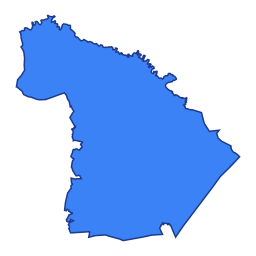 Ayutla de los Libres, Guerrero, Mexico
{"feature_id": "50627088B87569802470546", "entity_name": "Ayutla de los Libres", "entity_type": "district", "adm_level": 2, "iso_a3": "MEX", "parent_name": "Mexico", "parent_adm1": "Guerrero", "projection": "orthographic", "projection_center": [-99.08, 16.972], "detail": "fine", "context": "isolated", "style": "filled", "palette": "blue", "viewbox_px": 256, "rotation_deg": 0, "n_neighbors": 0, "source": "geoboundaries", "source_scale": "gbopen_adm2", "svg_char_len": 5574}
<svg xmlns="http://www.w3.org/2000/svg" viewBox="0 0 256 256"><path d="M19.7,31.9L20.8,33.6L21.2,38.4L22.6,43.4L22.6,45.4L21.0,47.0L22.6,49.3L23.9,52.3L24.6,58.3L24.2,64.8L24.6,70.2L21.6,75.1L17.6,79.8L16.4,86.9L17.0,87.0L22.1,91.2L23.6,94.5L28.2,96.7L31.2,97.2L36.4,99.2L39.6,99.8L45.8,99.5L64.3,92.8L66.5,95.4L67.4,98.7L69.3,101.7L70.3,106.9L71.3,106.2L71.3,106.6L72.2,108.7L73.9,111.4L72.3,113.5L69.9,117.5L74.5,125.8L75.3,126.0L75.5,127.1L75.3,127.4L74.4,127.3L73.9,127.6L73.9,127.9L74.3,128.4L74.1,128.7L73.4,128.9L72.4,128.7L71.8,129.1L71.9,129.7L72.4,129.9L73.3,132.0L72.9,133.4L72.3,134.5L72.7,135.9L72.2,136.8L73.3,139.7L73.3,140.7L74.0,140.3L76.3,140.5L83.0,142.2L82.3,142.3L81.8,143.3L80.7,144.0L80.7,144.9L81.3,145.0L82.1,147.2L81.3,148.0L80.5,148.2L80.4,149.4L79.6,149.7L79.4,150.1L78.5,149.9L77.3,149.1L76.5,148.9L76.0,148.9L74.7,149.8L74.3,149.4L73.7,149.4L73.2,149.7L72.6,151.4L72.6,152.4L70.9,156.3L71.7,157.4L73.0,158.5L73.9,158.7L72.4,161.3L71.4,167.2L71.8,167.6L73.2,171.5L73.9,172.0L74.4,173.5L76.1,175.7L77.1,175.8L78.6,175.3L79.7,175.6L81.3,178.7L76.4,178.8L75.9,179.3L71.1,178.1L71.5,183.0L72.5,183.9L72.5,184.2L71.0,185.6L70.9,186.3L71.2,188.4L70.5,189.0L67.6,193.1L65.4,202.9L64.6,210.4L66.3,210.7L66.5,209.8L67.2,209.3L67.6,209.8L68.6,209.9L68.8,210.4L68.8,211.2L69.6,211.2L69.9,211.9L70.4,212.4L72.4,213.0L72.4,213.4L68.9,215.0L67.8,217.7L66.4,219.8L66.9,221.3L67.4,221.7L68.0,221.8L68.8,221.9L69.8,221.4L71.0,219.4L73.4,220.8L70.3,222.1L69.6,222.8L68.4,224.4L68.4,224.8L69.5,226.3L69.3,228.4L68.8,228.5L70.6,232.9L89.5,231.7L89.4,233.9L88.7,237.3L95.4,235.6L105.6,234.9L108.4,236.0L119.9,239.1L123.1,240.6L143.6,236.9L151.7,235.1L162.5,234.4L159.7,228.3L159.9,227.4L161.0,226.1L160.7,225.7L160.7,225.4L161.4,224.7L161.8,224.6L162.1,224.2L163.4,224.5L163.3,224.1L162.5,223.3L162.8,222.8L164.4,223.5L166.3,223.3L166.8,223.6L167.4,223.6L167.4,224.1L167.6,224.5L167.8,224.4L168.2,223.6L169.2,223.6L169.3,224.7L170.2,224.8L170.5,225.6L170.9,225.9L175.6,237.1L183.0,226.3L212.4,187.4L220.3,176.5L229.3,167.7L239.6,156.8L238.1,155.2L235.2,152.9L233.2,152.0L231.3,149.2L230.9,145.9L221.7,141.3L218.1,138.1L216.7,133.3L219.2,130.2L209.3,131.3L204.2,123.3L201.5,112.6L192.9,109.9L189.7,109.6L187.2,108.7L185.9,108.6L185.1,107.7L184.9,107.3L185.2,106.8L184.6,106.4L184.5,105.6L183.7,105.1L184.3,104.5L185.2,104.5L185.6,104.3L185.6,103.6L185.4,103.0L185.9,102.5L185.5,102.0L186.1,101.9L185.6,101.4L185.7,100.8L186.2,101.0L186.5,100.7L186.4,100.4L186.5,100.2L186.2,99.7L186.8,98.7L186.6,97.8L185.9,98.3L185.1,98.2L184.7,98.7L183.0,97.9L182.0,98.3L181.8,98.2L182.0,97.7L180.1,97.5L177.3,95.3L176.4,95.0L176.0,95.2L174.6,95.4L174.8,95.0L174.1,95.1L172.8,93.3L172.0,92.8L172.1,92.2L172.4,92.0L172.2,91.8L172.3,91.5L171.3,91.2L170.9,90.7L170.6,90.8L169.3,90.5L169.1,90.3L169.1,90.0L167.9,89.3L165.5,86.7L165.5,84.9L166.4,83.6L168.6,82.3L171.9,81.8L173.1,80.5L174.5,80.3L176.3,79.3L176.4,78.7L175.0,76.7L174.4,76.2L173.2,76.0L172.7,74.7L171.4,74.7L171.0,74.5L170.4,73.6L169.0,73.4L168.2,74.0L168.1,74.8L167.5,75.6L166.7,75.8L165.7,75.6L164.9,76.3L164.2,76.4L163.9,76.8L163.3,78.5L162.7,79.1L161.3,78.1L159.3,78.2L158.9,78.0L157.1,75.8L156.8,75.7L156.1,76.0L155.7,75.5L155.9,74.9L156.5,74.3L156.7,73.6L157.1,71.8L157.0,71.4L156.1,71.3L154.8,72.1L154.4,71.6L153.8,71.5L153.7,72.9L153.3,73.6L152.2,73.2L151.5,72.6L151.2,71.4L151.8,69.9L152.5,69.1L154.2,68.3L154.1,67.9L153.6,66.8L152.3,66.0L151.4,67.1L150.6,66.3L150.0,66.7L149.5,67.4L149.0,67.5L148.6,67.1L148.6,66.6L148.9,66.0L149.5,65.4L150.6,65.0L151.0,64.3L150.5,63.9L149.7,63.7L148.0,64.2L147.5,64.0L147.8,62.7L148.8,61.3L149.0,59.9L147.7,59.5L145.9,61.0L143.1,61.2L143.2,60.6L143.6,59.9L143.7,58.8L145.1,56.0L145.0,55.6L143.9,55.3L143.5,55.5L142.2,59.1L141.9,59.4L140.7,58.1L138.6,57.4L138.7,57.0L139.4,56.1L140.6,55.8L140.9,55.5L141.1,54.7L140.8,54.3L139.8,53.9L139.2,54.0L138.2,54.9L137.3,54.6L137.1,53.9L138.1,53.0L138.7,52.1L138.4,50.9L137.9,50.7L137.6,50.9L137.1,52.3L136.0,53.3L134.0,52.9L132.4,54.8L132.8,56.1L132.4,56.3L129.4,55.4L128.8,54.2L128.2,54.2L127.8,55.1L128.5,56.0L128.8,57.0L127.6,57.0L126.5,55.3L124.4,55.1L122.1,54.3L121.9,54.1L122.2,53.4L121.5,52.9L121.1,52.8L120.2,53.9L119.4,54.2L119.0,52.8L118.4,51.9L115.9,52.2L115.8,51.9L116.6,50.8L117.2,48.8L117.0,48.5L115.8,48.0L115.5,48.1L115.3,49.1L115.0,49.6L113.2,49.9L112.8,49.7L113.0,48.5L112.8,48.0L111.7,46.7L110.9,47.2L109.5,46.8L107.6,47.4L105.7,47.2L104.1,47.5L103.1,47.1L102.4,45.5L102.0,45.2L100.6,44.9L99.9,45.8L98.9,46.1L96.5,43.6L94.6,43.9L93.6,43.7L92.0,42.3L89.9,41.6L89.2,41.6L88.4,42.1L87.8,42.1L86.9,41.1L85.6,40.6L84.1,39.5L83.5,39.7L83.0,40.4L81.4,40.8L80.8,40.7L78.9,38.8L78.2,37.8L77.0,37.0L75.9,36.9L74.9,36.0L74.7,34.9L75.0,34.0L75.0,33.2L72.5,30.5L71.3,29.8L70.4,28.8L70.5,25.9L70.0,25.2L68.1,25.2L66.8,24.4L63.5,23.9L62.3,25.1L62.0,26.6L61.3,28.6L60.4,29.7L60.0,30.0L59.6,29.9L59.2,28.9L59.6,27.8L59.5,27.0L58.6,26.7L57.6,27.0L57.1,26.9L57.1,26.4L57.8,25.2L57.3,23.9L57.0,23.7L55.9,23.6L54.9,23.2L55.5,21.4L55.4,21.1L54.8,20.8L53.3,21.8L51.5,22.2L51.7,19.7L52.4,18.9L52.8,17.9L54.7,16.9L54.9,16.6L54.2,15.9L52.4,16.8L49.7,16.4L48.0,15.4L47.6,15.5L48.2,17.4L48.2,18.1L47.7,18.8L47.3,19.0L45.6,19.2L43.6,20.2L42.9,20.2L41.6,19.9L41.1,20.3L40.9,20.6L41.8,22.6L41.4,23.5L40.4,24.7L39.8,24.6L38.8,23.9L37.4,21.7L36.6,21.5L35.3,21.8L35.3,24.1L34.8,25.0L34.0,25.1L33.2,24.2L33.0,22.5L32.4,22.2L32.1,22.3L32.0,22.8L32.6,25.8L32.4,27.2L31.8,28.6L30.8,29.9L30.2,30.0L26.9,28.0L25.3,27.8L24.8,28.0L24.5,28.7L24.5,30.1L24.0,30.6L23.5,30.8L22.1,30.5L20.6,31.6L19.7,31.9Z" fill="#3b82f6" stroke="#1e3a8a" stroke-width="1.5"/></svg>